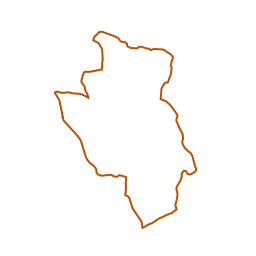 SVG path tracing the border of Braga, rotated 255°
{"feature_id": "PRT-749", "entity_name": "Braga", "entity_type": "District", "adm_level": 1, "iso_a3": "PRT", "parent_name": "Portugal", "parent_adm1": "", "projection": "natural_earth1", "projection_center": [-8.294, 41.571], "detail": "fine", "context": "isolated", "style": "outline", "palette": "amber", "viewbox_px": 256, "rotation_deg": 255, "n_neighbors": 0, "source": "natural_earth", "source_scale": "10m", "svg_char_len": 2184}
<svg xmlns="http://www.w3.org/2000/svg" viewBox="0 0 256 256"><g transform="rotate(255 128 128)"><path d="M155.3,67.4L155.3,67.9L172.4,68.9L180.9,66.5L181.4,67.0L181.5,68.3L181.2,69.8L180.1,71.3L179.1,73.0L177.7,80.2L175.9,83.3L174.1,88.6L173.0,91.0L172.1,92.6L167.5,97.5L170.2,97.6L172.8,97.2L174.0,96.7L175.5,96.5L177.0,96.5L178.8,96.8L180.2,96.6L184.0,95.0L185.3,95.1L186.7,95.7L191.8,98.8L192.8,99.6L193.4,101.1L192.5,104.2L192.1,106.6L191.3,117.8L195.4,119.4L197.6,119.9L199.6,120.9L201.5,121.5L209.2,123.1L211.7,123.2L217.6,121.6L221.7,117.1L223.7,118.2L224.8,119.2L228.1,125.0L227.7,127.9L219.8,139.2L217.4,141.7L213.6,143.4L212.9,144.1L211.9,147.1L209.8,148.9L208.3,148.5L207.3,148.6L206.3,149.2L204.4,151.7L202.6,157.6L203.5,159.5L203.3,160.8L202.7,162.5L199.7,167.1L199.2,168.9L198.3,169.6L197.6,169.8L197.2,170.7L197.6,172.4L197.7,173.7L196.0,178.2L195.3,180.7L194.9,181.7L194.2,182.9L193.2,183.9L192.2,184.5L190.8,185.7L190.0,186.6L189.0,187.6L187.5,188.8L186.0,189.4L183.9,189.5L181.6,187.7L177.3,185.4L175.2,185.9L168.8,183.3L161.7,178.2L162.1,176.0L161.3,174.4L157.3,170.5L147.4,167.0L144.4,171.3L140.4,174.1L134.3,176.9L132.9,177.2L128.2,179.0L126.9,179.0L124.2,177.2L122.5,176.6L114.3,177.7L108.3,179.2L103.3,178.5L101.9,177.5L100.4,176.7L97.9,176.7L94.5,177.5L90.7,179.6L89.2,180.7L87.7,182.0L86.1,182.4L84.6,182.9L73.3,182.9L71.4,183.3L70.7,183.3L69.2,182.6L68.1,180.8L67.3,177.5L67.0,175.5L68.5,173.6L70.5,173.1L71.6,172.5L72.2,171.1L71.5,169.6L69.6,167.9L67.3,167.4L64.6,165.8L61.1,162.5L59.9,161.1L58.2,159.6L56.2,158.9L51.2,158.8L46.1,156.5L41.4,153.8L36.7,153.8L36.7,153.6L34.4,147.9L34.1,142.7L33.2,139.2L32.7,135.0L30.1,127.4L29.2,121.7L27.9,117.6L27.9,116.1L28.8,116.3L32.7,116.8L34.6,116.6L49.2,111.6L59.4,111.2L61.1,110.8L62.6,109.6L63.3,108.5L64.3,107.9L65.9,108.9L71.8,110.9L75.8,111.6L78.0,112.7L79.8,113.2L81.1,113.4L84.7,107.5L83.7,104.8L84.2,103.3L85.1,101.6L86.9,99.9L87.5,98.2L87.9,96.4L88.3,92.6L88.7,90.6L89.3,88.8L90.9,87.1L91.9,86.5L93.5,86.1L95.2,86.5L96.8,86.5L100.1,85.3L103.6,82.5L105.1,81.6L107.9,80.5L110.9,79.8L128.3,79.1L133.1,77.4L152.0,67.7L154.5,67.7L155.2,67.4L155.3,67.4Z" fill="none" stroke="#b45309" stroke-width="2"/></g></svg>